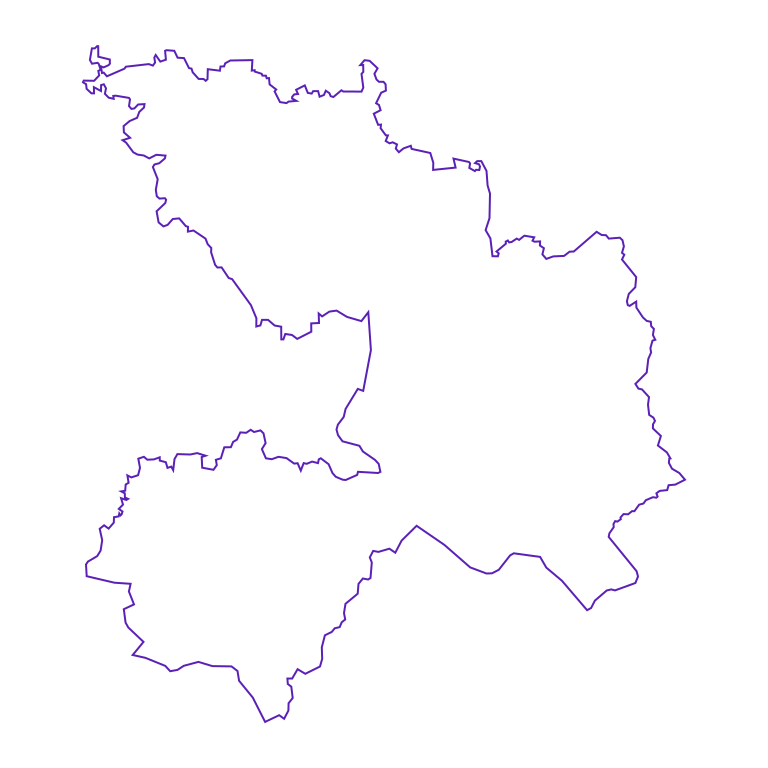 Dhaka, Dhaka, Bangladesh
{"feature_id": "16705992B90744549146712", "entity_name": "Dhaka", "entity_type": "district", "adm_level": 2, "iso_a3": "BGD", "parent_name": "Bangladesh", "parent_adm1": "Dhaka", "projection": "mercator", "projection_center": [90.205, 23.783], "detail": "fine", "context": "isolated", "style": "outline", "palette": "violet", "viewbox_px": 768, "rotation_deg": 0, "n_neighbors": 0, "source": "geoboundaries", "source_scale": "gbopen_adm2", "svg_char_len": 5990}
<svg xmlns="http://www.w3.org/2000/svg" viewBox="0 0 768 768"><path d="M252.4,60.1L230.3,60.5L225.2,63.3L224.1,66.4L220.5,66.5L219.9,70.7L207.8,69.2L207.5,79.2L205.7,80.8L203.6,79.0L198.6,78.9L192.7,72.3L191.5,68.6L189.0,68.1L184.0,58.1L177.6,57.7L174.3,50.8L166.5,50.2L165.1,50.8L165.9,59.7L160.3,61.6L155.7,55.0L154.3,57.6L155.1,62.5L152.9,65.6L148.8,64.1L125.9,66.7L124.4,68.7L106.9,76.3L103.7,72.6L102.0,73.0L100.9,66.3L103.6,67.4L108.5,65.2L109.9,63.7L109.8,59.5L98.3,56.7L98.2,46.2L97.2,46.1L94.8,48.4L91.9,48.4L89.9,59.9L92.0,63.7L97.6,62.8L98.8,64.0L100.6,69.8L98.3,70.9L99.2,75.4L94.1,80.8L83.7,80.6L83.0,82.3L86.1,84.2L86.6,88.8L91.4,93.3L94.0,93.3L93.9,87.2L101.0,91.0L101.1,85.1L103.8,84.3L106.0,88.3L104.9,93.8L108.7,97.7L113.7,98.8L113.3,95.9L115.8,95.7L129.0,97.9L130.0,99.4L129.0,106.1L131.4,108.9L134.4,108.4L138.1,104.5L144.5,104.1L144.0,107.5L139.3,111.9L137.1,117.8L129.7,121.0L123.6,126.1L123.9,132.4L130.1,137.8L122.6,140.2L126.1,142.6L133.3,152.3L137.6,154.6L143.8,155.5L149.2,158.4L156.3,154.8L165.5,155.6L164.9,158.4L159.3,163.2L154.4,164.5L152.9,167.1L157.7,179.2L155.8,189.8L156.8,196.3L159.5,198.6L164.9,198.2L166.1,199.7L165.3,203.0L156.6,211.3L158.6,222.4L163.4,226.4L167.6,224.9L172.8,219.0L179.2,218.4L185.8,226.1L188.0,226.8L187.9,231.6L193.5,230.5L205.5,238.6L207.7,244.2L211.3,248.0L211.1,252.3L215.1,264.8L217.4,267.5L221.6,267.4L228.7,278.0L232.1,279.1L250.9,305.1L256.4,318.3L256.3,326.5L260.4,325.4L262.0,319.9L268.1,319.9L274.6,325.5L281.2,326.7L281.3,339.4L283.4,339.4L285.3,334.0L292.0,335.0L297.2,338.9L311.3,331.7L311.2,323.4L319.0,323.0L318.7,313.5L322.1,316.4L329.4,311.6L336.6,310.6L347.0,316.9L361.4,321.1L368.3,312.2L370.9,350.1L363.2,390.9L357.8,388.9L345.6,408.9L343.7,417.0L337.9,424.6L336.5,429.5L338.0,435.1L342.5,441.3L359.4,445.8L362.9,451.5L375.0,459.9L378.7,463.9L380.4,471.9L378.0,473.0L358.0,471.8L357.2,474.9L345.7,480.0L342.7,479.7L335.8,476.8L332.5,473.1L328.6,464.2L320.8,458.3L318.8,459.3L318.0,463.1L312.1,461.6L306.7,463.8L303.7,463.1L300.8,470.6L297.6,463.2L294.2,463.6L286.5,458.1L278.5,456.8L271.8,459.2L265.9,458.3L261.9,449.1L265.6,443.1L263.5,433.3L260.5,430.4L254.0,432.0L250.7,429.8L246.2,432.8L240.3,432.4L237.0,439.6L233.1,441.9L230.9,447.2L224.3,447.3L220.9,458.3L215.9,459.8L216.8,465.1L213.5,469.8L202.2,467.7L201.7,457.0L205.6,455.7L197.1,453.1L190.3,454.5L177.4,454.1L174.5,459.1L173.2,470.2L171.2,466.6L167.5,467.9L165.8,462.2L159.8,460.6L159.7,457.3L154.0,459.4L147.3,459.7L143.9,456.8L138.3,458.7L140.0,467.8L138.1,475.2L131.3,477.4L127.4,475.4L128.6,482.8L125.7,484.5L125.2,490.7L121.2,491.4L124.8,493.3L124.9,497.5L128.1,498.9L126.3,500.0L121.1,498.2L123.0,504.6L118.8,508.9L122.5,511.5L121.6,514.4L120.5,515.4L119.3,513.5L118.7,516.4L114.0,517.2L113.8,522.6L108.6,528.6L104.1,525.3L99.7,528.8L102.2,540.2L100.6,550.6L97.2,556.1L87.9,561.6L86.0,564.5L86.7,576.2L114.4,582.7L130.6,583.8L128.9,591.5L134.0,604.4L123.8,609.2L125.6,622.7L128.3,627.5L143.5,641.9L132.7,655.0L145.3,657.8L165.3,665.9L170.2,671.2L177.5,669.9L183.8,665.8L198.4,661.9L212.4,666.1L231.5,666.4L237.5,671.0L239.1,680.8L252.8,697.6L265.1,721.9L279.2,715.2L284.1,718.8L288.4,710.6L288.6,703.2L292.7,698.0L291.3,686.7L287.8,684.0L287.4,678.5L292.2,678.5L297.6,669.2L305.3,673.8L320.0,666.5L322.2,658.8L321.8,647.4L324.9,635.3L331.8,631.9L334.7,628.3L339.7,627.1L341.7,622.3L345.2,619.5L344.0,613.0L345.5,603.8L357.7,593.7L358.5,583.9L362.9,578.5L368.1,579.5L370.5,578.0L371.8,562.5L369.8,557.4L373.2,550.9L378.4,551.9L389.4,548.7L395.3,552.7L401.6,540.6L416.6,525.8L444.4,544.9L470.2,567.4L486.5,573.5L492.0,573.3L498.8,569.8L510.1,555.4L513.8,553.3L540.1,556.9L546.3,567.6L561.9,580.7L587.1,610.2L591.1,608.0L594.9,600.6L606.7,590.5L611.2,589.4L615.0,590.4L635.4,583.0L638.0,576.5L636.6,571.2L608.7,536.9L609.4,533.3L613.7,527.2L613.5,524.0L615.2,521.1L617.4,521.6L620.8,519.2L620.5,517.5L623.5,514.1L628.1,514.3L632.1,511.1L634.4,511.2L639.1,504.7L643.5,503.5L645.8,500.2L652.9,497.2L656.4,497.7L657.6,496.6L656.4,493.3L659.7,490.9L667.2,490.1L668.6,485.2L675.3,484.6L685.0,479.7L679.3,473.0L672.0,468.7L668.9,462.9L669.3,458.6L670.4,458.4L666.9,452.4L657.9,445.5L660.9,436.0L652.9,428.4L653.0,424.3L655.0,420.9L653.4,417.6L649.2,414.9L648.0,404.8L649.0,397.1L642.0,389.4L638.4,388.6L635.4,383.9L646.7,372.5L648.3,358.9L651.1,352.5L650.4,348.2L652.5,340.6L655.3,339.8L652.9,335.0L653.9,328.9L651.2,326.2L650.8,321.8L646.7,320.9L642.9,317.4L636.4,307.6L636.2,301.6L629.6,305.9L627.8,305.1L626.9,301.2L628.8,293.9L635.3,287.2L636.2,277.1L622.0,259.5L624.3,254.7L622.0,252.8L623.9,246.4L622.5,240.2L619.8,237.7L608.8,238.6L606.0,235.2L601.7,235.0L596.6,231.8L573.8,251.5L569.6,251.7L564.1,255.9L553.3,256.4L546.3,258.9L542.4,254.4L543.9,248.2L539.9,245.5L540.1,241.4L534.5,241.7L532.5,240.7L534.2,237.3L524.3,235.7L519.1,239.9L516.7,238.6L511.6,242.0L509.1,242.4L507.8,240.5L505.7,241.6L505.9,243.7L496.5,251.5L498.7,253.3L497.9,256.3L492.5,256.2L490.4,238.4L485.6,230.1L489.5,218.2L490.0,193.6L487.6,185.5L486.5,170.9L481.3,161.1L477.2,161.1L475.1,163.1L479.0,164.3L480.0,166.5L479.3,170.0L476.0,169.8L474.9,171.1L469.3,167.9L470.1,163.4L469.0,162.0L453.5,158.6L455.6,167.6L433.1,169.9L433.3,162.8L430.3,153.0L411.6,148.9L410.8,145.8L403.5,148.4L398.9,152.2L395.8,148.6L397.0,144.4L392.7,142.3L389.5,143.3L385.7,141.0L387.9,135.4L385.8,135.3L380.6,128.2L381.0,124.6L378.1,124.8L373.8,113.7L380.6,110.2L379.0,105.0L376.1,103.2L381.2,92.7L385.9,90.6L385.6,84.3L383.5,81.8L379.0,81.8L376.5,79.5L374.4,73.8L377.6,68.3L369.6,60.8L364.5,60.2L360.3,65.1L363.2,65.0L363.3,71.9L361.5,73.9L363.3,87.6L361.5,91.6L343.2,91.5L341.4,90.3L333.4,97.0L330.7,96.2L329.4,93.2L325.8,90.7L323.9,95.0L319.6,96.7L318.1,91.1L313.2,91.1L311.7,93.6L307.8,92.9L304.8,85.4L296.1,89.8L298.0,94.0L294.2,94.4L292.2,96.8L292.1,98.5L296.4,100.9L288.5,101.6L286.5,103.1L280.0,102.1L274.6,91.4L276.2,89.5L269.6,84.4L269.0,78.1L266.7,78.3L265.9,75.7L262.4,75.6L261.7,73.8L254.8,71.6L254.6,70.2L251.8,70.6L252.4,60.1Z" fill="none" stroke="#5b21b6" stroke-width="2"/></svg>